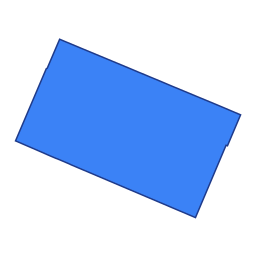 Texas, Oklahoma, United States of America (Natural Earth projection), rotated 23°
{"feature_id": "52423323B37973065471626", "entity_name": "Texas", "entity_type": "district", "adm_level": 2, "iso_a3": "USA", "parent_name": "United States of America", "parent_adm1": "Oklahoma", "projection": "natural_earth1", "projection_center": [-101.473, 36.749], "detail": "fine", "context": "isolated", "style": "filled", "palette": "blue", "viewbox_px": 256, "rotation_deg": 23, "n_neighbors": 0, "source": "geoboundaries", "source_scale": "gbopen_adm2", "svg_char_len": 638}
<svg xmlns="http://www.w3.org/2000/svg" viewBox="0 0 256 256"><g transform="rotate(23 128 128)"><path d="M201.3,184.1L207.3,184.1L208.6,184.1L220.9,184.1L225.1,184.1L225.0,105.6L226.5,105.5L226.5,71.9L217.3,71.9L214.3,71.9L206.9,71.9L204.6,71.9L178.3,72.1L178.1,72.1L151.8,72.3L151.5,72.3L148.1,72.3L141.7,72.3L128.7,72.4L122.6,72.4L116.1,72.5L107.9,72.5L107.7,72.5L53.2,72.9L35.4,73.0L30.4,73.0L30.3,104.5L29.6,105.4L29.5,183.8L48.0,183.9L66.8,184.1L73.8,184.1L74.6,184.0L74.9,184.0L75.1,184.0L75.4,184.0L88.1,184.0L90.0,184.1L98.2,184.1L98.8,184.1L103.6,184.1L201.3,184.1Z" fill="#3b82f6" stroke="#1e3a8a" stroke-width="1.5"/></g></svg>